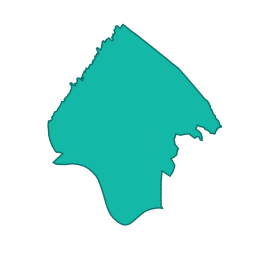 Phra Samut Chedi, Samut Prakan, Thailand, rotated 136°
{"feature_id": "78962969B59575898831596", "entity_name": "Phra Samut Chedi", "entity_type": "district", "adm_level": 2, "iso_a3": "THA", "parent_name": "Thailand", "parent_adm1": "Samut Prakan", "projection": "equal_earth", "projection_center": [100.494, 13.559], "detail": "fine", "context": "isolated", "style": "filled", "palette": "teal", "viewbox_px": 256, "rotation_deg": 136, "n_neighbors": 0, "source": "geoboundaries", "source_scale": "gbopen_adm2", "svg_char_len": 5649}
<svg xmlns="http://www.w3.org/2000/svg" viewBox="0 0 256 256"><g transform="rotate(136 128 128)"><path d="M59.7,205.9L61.5,205.9L63.3,205.3L63.7,205.1L64.5,205.2L64.6,208.2L64.8,208.9L65.5,209.4L66.5,209.6L66.8,209.4L67.3,208.8L68.0,208.2L68.5,208.1L69.5,208.3L70.2,207.9L71.2,205.5L71.7,204.9L72.1,205.0L73.5,205.8L74.2,205.9L74.3,205.7L74.4,204.8L74.6,204.4L74.8,204.2L75.0,204.1L75.5,204.2L75.9,204.6L76.1,204.6L77.0,204.2L77.3,201.9L77.5,201.5L77.8,201.5L78.9,201.7L79.0,202.0L79.2,203.0L79.1,205.3L79.4,206.0L79.8,206.2L82.4,206.5L83.4,206.4L84.6,205.6L85.1,205.6L85.2,205.8L85.1,207.4L85.2,207.7L85.5,207.9L85.9,207.9L86.6,207.8L87.1,207.5L87.4,206.7L87.8,206.3L89.5,205.9L89.8,205.6L90.0,205.2L90.5,204.7L91.2,204.3L92.3,204.0L92.4,203.9L92.6,203.2L92.8,203.0L93.4,202.9L93.6,203.1L93.9,204.3L94.0,206.2L94.3,206.8L94.5,207.0L95.1,207.1L95.7,206.7L96.1,205.2L97.0,203.5L97.4,202.6L97.3,202.0L97.4,201.7L97.5,201.6L97.8,201.8L98.2,201.9L98.5,201.9L98.8,202.9L99.5,202.8L99.8,202.5L100.4,202.4L100.6,202.0L101.0,201.8L101.8,202.6L102.1,202.6L102.4,202.1L102.5,201.3L102.7,201.2L103.4,200.9L105.0,200.7L106.2,200.8L106.3,200.7L106.3,200.3L106.5,200.2L106.8,200.5L107.0,200.5L107.1,200.2L107.2,199.6L107.7,199.5L107.9,199.9L108.1,199.9L109.4,198.8L110.0,198.9L110.8,199.7L111.3,199.8L112.9,199.2L114.1,199.0L114.5,198.4L115.0,198.4L115.4,198.7L115.8,198.7L116.2,199.0L116.4,199.2L116.5,199.8L116.8,199.4L118.6,199.3L119.2,198.6L119.5,197.9L119.9,197.8L120.1,197.9L120.3,198.3L120.3,198.9L120.5,199.1L121.5,198.2L123.2,197.9L124.0,197.7L124.5,197.4L125.0,196.8L125.2,195.1L125.4,194.6L125.7,194.6L126.2,196.4L126.6,196.6L127.0,196.5L127.2,196.4L127.2,194.0L127.2,193.8L127.3,193.7L127.9,193.7L128.6,197.9L128.8,198.2L129.4,198.7L130.0,198.8L130.4,198.8L130.6,198.6L131.9,197.2L132.1,196.6L132.4,196.4L133.1,196.4L134.0,196.1L135.1,196.2L135.2,196.7L135.6,196.9L135.6,196.0L135.8,195.1L136.2,194.8L136.6,194.8L137.0,195.6L137.3,196.4L137.5,197.6L137.4,199.8L137.5,199.9L138.0,200.2L138.5,200.2L139.1,200.0L139.0,199.5L139.3,197.7L139.9,196.8L140.7,196.3L140.9,195.8L142.1,195.1L143.6,194.7L144.8,194.0L145.8,193.8L148.2,193.5L149.2,193.1L151.1,193.0L152.4,193.1L153.9,192.8L154.1,192.6L154.1,191.8L154.4,191.6L155.9,191.7L156.2,191.8L156.7,192.3L156.9,192.7L157.0,192.9L157.1,193.0L157.4,192.8L157.9,192.5L162.1,190.9L163.2,190.7L164.7,190.6L165.9,190.1L166.3,189.8L167.0,189.6L168.2,189.7L168.8,190.0L169.3,190.4L169.5,190.3L170.5,190.1L172.6,189.1L173.9,188.7L175.0,188.7L175.4,188.8L175.5,188.6L175.6,187.8L175.9,187.1L176.4,186.8L176.9,186.8L177.3,186.6L178.2,186.9L178.5,187.4L179.0,187.5L180.0,187.0L180.1,187.3L180.1,188.1L180.3,188.2L181.9,186.9L184.0,185.0L184.6,184.3L185.9,182.5L190.2,177.5L192.0,174.2L192.9,172.8L194.9,167.7L196.3,162.0L196.3,160.6L196.0,159.9L195.8,159.6L194.6,159.0L194.0,157.4L193.6,157.2L193.3,156.4L193.2,155.7L192.6,154.9L205.7,155.2L205.1,152.8L204.0,151.0L198.9,145.7L192.8,140.9L189.8,137.4L188.3,135.1L187.5,133.8L186.5,131.9L185.9,130.5L185.3,128.9L184.6,126.2L184.1,122.1L184.1,119.3L184.2,117.0L184.3,115.4L184.9,112.7L185.8,110.1L187.2,106.9L190.6,99.5L196.5,88.4L198.1,85.1L199.2,82.4L200.1,79.6L200.6,77.3L200.9,74.9L201.0,73.1L200.8,70.7L200.5,67.8L199.9,65.1L199.4,63.5L198.7,62.1L198.2,61.2L197.5,60.5L196.1,59.4L194.6,58.5L192.5,57.8L190.2,57.5L177.2,56.7L173.5,56.1L170.9,55.2L168.5,54.1L166.1,52.7L164.0,51.3L162.4,50.1L161.0,48.8L159.0,46.4L158.1,49.3L157.9,49.6L157.0,50.3L156.3,51.2L154.7,52.8L154.5,53.1L153.9,53.8L153.6,54.1L153.3,54.3L153.1,54.7L152.5,55.2L152.2,55.6L151.9,55.7L151.8,56.2L151.4,56.4L151.0,56.8L150.7,56.9L150.5,57.2L149.3,58.3L147.6,60.3L147.2,60.5L147.0,60.9L146.6,61.1L146.4,61.6L145.7,62.1L144.9,63.0L144.3,63.5L144.2,63.8L143.6,64.5L143.2,64.5L143.1,64.9L142.4,65.5L142.2,65.9L141.9,66.0L141.7,66.4L141.3,66.5L141.1,66.9L140.8,67.0L138.6,69.0L138.0,69.4L133.5,73.4L133.2,73.1L131.2,64.2L130.3,64.5L127.2,65.0L126.6,65.2L124.0,66.5L122.9,67.1L120.7,68.3L119.8,70.3L118.5,75.7L118.5,76.1L114.6,75.0L114.1,75.3L113.7,75.3L112.8,74.9L112.3,75.1L111.7,75.0L111.0,75.2L109.7,76.6L109.1,76.8L108.5,77.3L107.6,77.7L107.2,78.1L106.4,77.8L106.0,79.1L106.0,80.5L105.7,81.8L105.9,82.5L105.8,82.8L105.3,83.9L104.6,84.9L103.4,87.0L102.6,88.0L101.4,88.7L100.7,88.5L100.3,89.2L98.9,89.6L98.5,90.2L97.8,90.7L97.4,90.2L97.1,89.4L96.6,88.7L96.1,87.7L95.0,86.2L94.7,86.0L94.3,86.0L93.2,85.1L90.7,83.5L89.9,82.8L88.7,82.1L88.4,81.8L88.1,81.1L88.0,79.9L87.5,76.9L87.3,75.1L87.1,74.5L86.7,74.2L85.6,74.3L85.0,74.2L83.6,73.1L83.3,72.7L83.3,72.4L83.3,72.0L84.2,69.3L84.0,68.7L83.3,67.8L82.8,68.6L81.7,69.0L81.1,70.3L80.4,71.3L79.4,73.1L79.3,73.8L79.3,75.9L80.0,80.2L76.0,81.8L75.9,81.7L75.6,80.4L75.1,79.1L74.5,78.1L73.9,77.5L73.1,76.0L73.0,74.7L73.3,74.3L73.4,73.8L73.1,73.0L72.3,71.4L72.2,70.5L72.0,69.6L72.0,67.8L72.2,67.0L72.1,66.5L72.0,66.4L71.6,66.6L71.4,66.5L71.1,65.5L70.4,64.8L70.3,64.1L70.1,63.8L69.7,63.6L69.2,63.5L68.3,64.0L67.6,65.0L67.1,64.9L66.3,64.5L65.5,65.2L64.7,65.1L64.4,65.2L64.1,65.7L63.6,65.8L63.2,65.4L62.2,65.0L61.9,65.1L61.9,64.8L61.7,64.6L61.0,64.9L60.7,64.9L60.6,64.5L60.5,64.1L60.1,64.1L60.1,63.7L59.7,64.5L59.8,65.6L59.7,66.3L59.3,67.7L58.7,68.7L58.4,69.7L58.1,71.3L58.1,73.6L58.2,74.1L57.4,75.4L56.9,76.4L57.0,77.5L56.8,79.3L56.1,80.6L55.8,82.0L55.3,82.3L55.1,82.7L55.1,82.9L55.2,83.9L55.1,84.6L54.8,85.0L54.5,85.4L54.1,86.2L53.6,86.6L53.4,87.1L53.5,88.0L53.4,88.4L53.2,88.7L52.6,89.3L52.5,89.6L52.6,90.6L52.2,92.0L52.2,92.5L52.3,93.7L52.6,94.7L52.7,95.2L51.9,106.5L51.2,117.9L51.2,119.7L50.8,124.3L50.3,135.3L50.3,136.1L51.1,141.8L51.5,144.1L51.9,148.4L53.5,161.4L57.4,190.5L57.8,191.8L59.7,205.9Z" fill="#14b8a6" stroke="#0f766e" stroke-width="1.5"/></g></svg>